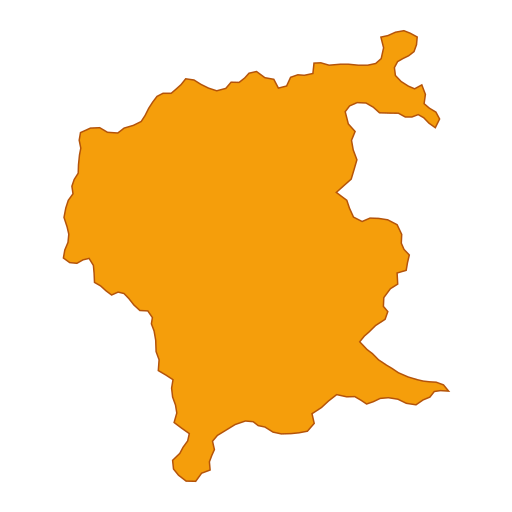 outline of Nacip Raydan, Minas Gerais, Brazil
{"feature_id": "56859067B95116732542422", "entity_name": "Nacip Raydan", "entity_type": "district", "adm_level": 2, "iso_a3": "BRA", "parent_name": "Brazil", "parent_adm1": "Minas Gerais", "projection": "orthographic", "projection_center": [-42.174, -18.485], "detail": "fine", "context": "isolated", "style": "filled", "palette": "amber", "viewbox_px": 512, "rotation_deg": 0, "n_neighbors": 0, "source": "geoboundaries", "source_scale": "gbopen_adm2", "svg_char_len": 2742}
<svg xmlns="http://www.w3.org/2000/svg" viewBox="0 0 512 512"><path d="M448.6,391.1L443.5,384.9L436.2,382.2L429.5,381.8L423.3,381.1L417.3,379.7L408.2,377.0L398.3,372.7L392.3,368.6L386.4,365.1L378.5,359.8L372.5,353.7L367.0,349.5L359.7,341.8L364.4,336.0L369.0,332.0L375.6,325.5L385.1,319.3L387.8,311.6L383.4,306.4L383.8,297.6L390.4,288.7L397.7,284.1L397.1,273.0L406.2,270.3L407.5,262.6L409.3,255.0L404.0,249.4L401.3,243.2L401.7,234.4L397.1,224.7L387.7,219.8L378.6,218.4L370.0,218.1L362.1,221.5L353.5,217.1L349.5,208.3L346.8,200.3L341.3,196.2L336.3,192.4L344.9,184.7L351.2,179.1L353.9,170.1L356.9,159.8L353.2,149.9L351.5,140.3L355.1,131.5L348.3,123.9L345.2,111.7L349.6,105.9L357.1,102.6L366.0,103.0L373.3,107.2L379.5,112.8L390.0,113.1L398.4,113.2L405.3,117.0L411.9,117.0L418.2,114.6L423.7,117.7L429.0,123.2L435.3,127.7L439.6,119.0L435.9,112.1L429.4,108.2L424.1,103.7L425.4,94.4L421.8,84.9L414.6,88.8L408.3,86.1L401.1,81.5L395.4,75.5L394.4,67.6L397.6,61.6L403.0,58.5L408.6,55.8L414.0,51.6L416.5,44.7L417.2,37.0L410.2,33.2L403.9,30.7L395.5,32.2L387.9,35.6L380.9,37.1L383.6,47.8L381.2,58.6L375.7,63.5L367.7,65.2L358.2,65.2L348.3,64.2L340.6,64.2L329.1,65.2L320.8,62.8L314.0,63.1L312.9,73.5L304.3,75.3L297.8,74.8L290.6,77.3L286.6,86.0L278.4,88.1L273.8,79.3L264.9,77.7L256.5,71.5L249.0,73.2L244.7,78.0L239.1,82.4L231.1,82.2L225.8,88.4L216.7,90.8L208.5,88.1L200.8,84.3L194.0,80.0L185.7,78.8L181.1,84.6L176.1,89.1L171.2,93.3L163.0,93.3L157.0,96.4L152.7,102.1L148.7,108.3L145.1,115.5L141.2,121.5L133.3,125.4L124.1,128.1L117.8,133.0L107.5,132.3L99.7,127.7L90.4,128.1L80.5,132.6L79.2,140.2L80.8,148.2L79.5,154.9L78.5,164.7L78.2,173.2L74.2,179.5L71.9,186.2L73.0,193.8L68.3,200.3L65.8,208.0L64.0,217.4L67.1,226.9L68.8,234.2L68.0,242.4L64.8,250.0L63.4,258.0L69.7,262.6L76.9,263.3L83.1,259.8L89.1,258.4L93.4,265.4L94.1,273.3L94.5,282.4L100.6,285.9L106.0,290.8L111.6,295.0L118.1,292.1L124.0,293.5L128.8,298.5L133.9,305.0L139.9,310.5L147.8,310.9L152.4,317.6L151.4,323.8L154.1,331.0L155.7,340.2L156.1,351.6L159.1,359.8L158.3,370.6L166.0,375.1L173.0,379.7L171.6,388.1L172.6,397.0L175.5,405.0L176.8,413.0L174.1,422.5L181.8,428.3L189.3,433.6L187.7,440.9L183.1,447.2L179.8,453.4L172.6,460.3L173.5,469.0L178.5,475.2L186.1,481.1L195.7,481.3L201.6,473.2L210.1,470.0L209.4,461.8L211.8,455.4L214.4,449.6L212.5,441.2L217.4,435.4L223.3,431.8L229.0,428.3L235.2,424.5L245.4,421.0L253.2,421.7L258.2,425.6L264.9,427.0L273.0,432.1L281.3,433.9L291.2,433.6L299.0,432.8L307.4,431.2L314.2,423.4L312.0,413.7L321.5,407.5L328.5,401.0L336.7,394.6L346.6,396.8L354.8,396.6L361.1,400.3L366.6,404.0L373.3,401.7L380.2,398.4L388.4,397.7L397.9,399.2L406.3,403.3L416.0,404.8L423.1,399.9L429.9,397.1L434.3,391.5L440.4,390.6L448.6,391.1Z" fill="#f59e0b" stroke="#b45309" stroke-width="1.5"/></svg>